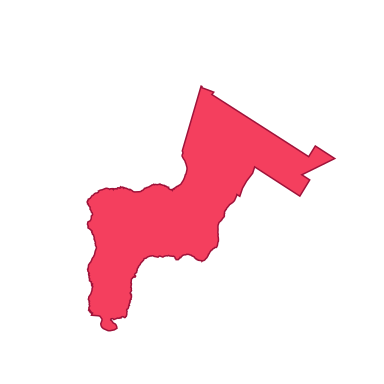 outline of Constitución, Santa Fe, Argentina, rotated 155°
{"feature_id": "61730980B65517483181137", "entity_name": "Constitución", "entity_type": "district", "adm_level": 2, "iso_a3": "ARG", "parent_name": "Argentina", "parent_adm1": "Santa Fe", "projection": "natural_earth1", "projection_center": [-60.677, -33.505], "detail": "fine", "context": "isolated", "style": "filled", "palette": "rose", "viewbox_px": 384, "rotation_deg": 155, "n_neighbors": 0, "source": "geoboundaries", "source_scale": "gbopen_adm2", "svg_char_len": 6104}
<svg xmlns="http://www.w3.org/2000/svg" viewBox="0 0 384 384"><g transform="rotate(155 192 192)"><path d="M291.4,218.2L291.5,216.8L291.7,216.4L291.2,215.5L291.6,213.6L292.5,213.0L293.4,212.8L294.3,210.9L295.3,209.7L296.6,208.9L298.9,208.9L300.4,207.0L300.3,205.6L300.7,205.2L300.5,204.6L301.2,203.9L301.4,203.3L300.3,201.8L300.2,201.2L299.7,200.7L299.7,199.6L299.1,198.8L299.8,198.1L299.9,197.7L299.6,196.8L300.0,196.3L300.0,195.6L299.5,195.2L299.5,194.9L299.8,192.0L300.3,191.6L300.3,190.7L300.8,190.2L300.5,189.5L300.8,188.6L300.7,187.6L301.1,186.6L301.5,186.4L301.6,185.3L302.0,184.6L302.1,183.9L301.8,183.0L302.3,181.6L304.6,179.4L307.1,176.1L307.6,175.9L308.6,174.9L309.2,174.7L309.8,174.4L310.9,173.6L311.8,172.6L313.7,171.1L314.1,171.1L316.6,169.6L318.1,167.0L318.5,166.9L318.7,166.2L319.3,166.1L319.3,165.4L319.8,164.5L319.5,161.8L320.1,161.8L320.5,161.1L320.6,160.8L320.3,159.9L320.7,159.8L320.6,159.4L320.8,159.3L321.6,157.6L321.3,157.1L321.4,156.7L321.7,156.0L322.1,155.8L322.4,154.8L321.2,153.1L321.6,152.7L321.8,152.0L321.5,151.3L321.9,150.8L321.1,150.7L321.5,149.9L322.2,149.8L322.5,149.3L321.9,148.6L321.9,148.3L323.3,146.8L324.3,145.0L326.8,142.4L329.9,140.5L330.5,139.4L330.8,139.2L331.4,138.3L331.0,136.5L331.1,136.3L331.5,136.3L331.8,135.8L332.0,134.4L332.7,133.6L332.9,132.0L333.2,131.6L334.1,131.1L334.6,130.2L334.6,129.9L335.5,128.8L334.6,128.4L334.6,127.7L335.4,127.6L335.1,126.8L335.1,125.8L334.6,125.5L334.2,126.0L334.0,125.0L334.4,124.9L334.4,124.7L333.8,124.8L333.3,124.3L335.2,122.8L329.0,119.3L327.9,118.3L327.3,115.0L327.7,113.9L330.4,111.1L330.9,109.2L330.8,107.5L330.1,105.7L326.7,101.8L324.9,100.9L320.7,99.9L317.6,100.2L317.1,102.0L317.1,104.1L317.4,104.9L318.7,106.6L319.2,109.4L319.5,110.0L319.8,110.2L319.8,110.5L318.8,111.3L317.3,110.7L316.7,109.4L312.8,109.2L311.5,108.4L310.7,108.3L310.2,108.5L309.7,107.8L308.8,108.5L308.2,108.3L307.8,108.5L306.8,107.9L306.5,107.0L305.9,106.5L305.3,106.6L304.6,107.2L304.0,107.2L302.7,108.8L302.2,110.1L301.3,111.2L301.2,112.6L300.6,113.2L299.7,113.2L298.7,113.8L298.0,114.7L297.7,115.4L297.3,115.6L296.7,115.6L296.7,116.4L296.5,116.9L295.6,117.4L295.2,118.2L294.4,118.5L294.6,119.0L294.3,119.7L293.4,120.1L293.1,120.7L292.4,120.6L292.2,121.4L291.1,122.5L291.0,123.4L290.4,124.1L290.9,124.8L290.3,125.2L290.8,126.1L290.8,126.6L288.5,128.2L288.4,129.0L287.7,130.2L287.6,130.9L287.8,131.3L287.3,131.6L287.2,132.5L286.3,133.3L285.6,134.7L285.8,135.0L285.8,135.5L285.4,135.7L283.7,138.7L282.5,139.0L282.0,139.5L281.3,139.4L280.9,139.8L279.7,138.9L278.7,139.5L278.6,139.9L279.2,140.7L279.0,141.3L278.5,141.8L277.5,142.2L276.2,142.5L275.3,143.9L274.7,144.3L274.6,144.7L274.1,145.5L272.6,146.4L272.5,146.7L272.1,146.7L271.6,147.4L269.8,148.1L268.7,149.1L264.6,150.8L263.5,151.9L261.7,151.4L259.7,151.9L256.8,151.6L256.1,151.2L255.3,151.2L254.2,150.6L253.5,149.6L251.3,148.1L251.0,147.7L250.0,147.3L249.4,147.7L248.2,147.6L246.0,145.4L245.5,145.3L244.9,145.5L243.7,145.4L242.0,145.0L241.2,144.4L240.0,144.4L239.0,143.2L238.2,142.9L236.6,141.8L235.8,141.6L235.7,141.2L235.3,140.9L235.0,139.8L235.3,138.8L234.8,137.7L234.9,137.3L233.8,137.0L233.5,136.6L232.8,136.5L232.4,136.9L231.2,137.1L230.6,137.8L229.9,137.3L228.5,138.1L227.7,138.2L227.1,138.5L225.2,138.2L224.2,137.7L223.1,137.8L222.8,137.5L222.1,137.3L220.7,136.3L220.4,135.7L219.4,135.1L219.2,134.8L219.2,134.3L217.4,132.3L217.5,131.4L216.9,130.4L216.7,129.5L216.1,129.2L216.0,128.4L215.3,128.0L215.2,127.5L212.2,125.6L212.3,125.0L211.8,125.2L209.9,124.9L208.9,125.1L207.5,125.8L206.4,126.1L204.1,127.7L203.5,128.6L202.9,128.6L201.0,130.1L199.7,130.7L199.5,131.0L197.9,131.1L197.0,131.7L195.5,131.7L194.8,132.1L193.5,131.5L192.9,131.7L191.6,132.8L189.8,135.5L188.9,136.2L188.0,138.0L187.3,139.9L187.1,141.1L186.1,142.7L185.8,144.1L184.2,147.1L183.4,149.1L182.5,150.8L180.3,153.0L177.9,153.7L177.0,154.3L176.7,154.2L175.3,155.3L174.3,155.4L172.9,156.4L172.7,156.6L172.7,157.4L172.2,157.9L172.0,158.6L171.4,158.9L171.1,160.1L170.5,160.7L169.8,161.1L169.6,161.0L169.0,161.7L168.4,161.7L167.4,162.7L166.2,163.1L166.1,163.3L164.0,164.2L163.3,164.8L162.9,164.7L159.5,165.3L157.2,166.2L153.3,169.6L152.4,170.8L150.5,167.9L144.6,174.1L137.8,178.9L129.1,183.4L124.6,188.3L96.0,142.7L80.2,153.2L85.2,161.2L48.5,162.0L60.8,181.6L71.3,174.7L132.8,271.9L130.1,273.3L139.2,282.6L138.4,283.4L139.0,284.1L183.5,233.3L183.4,232.2L183.9,230.9L185.3,229.7L185.8,228.8L185.7,225.8L185.3,223.7L185.3,222.6L185.5,221.6L185.5,220.5L186.2,216.3L186.9,214.7L189.0,211.9L190.2,210.6L190.6,210.6L192.8,208.1L195.0,206.2L199.0,203.7L202.3,203.4L202.5,203.1L203.2,203.4L203.9,203.4L204.7,202.9L204.9,203.1L206.5,202.8L206.7,202.4L207.1,202.8L207.5,202.9L209.1,201.7L209.3,202.8L209.9,202.8L210.4,203.2L211.0,203.8L211.6,204.9L211.8,205.6L211.2,206.1L212.7,207.4L212.8,207.9L213.3,208.4L213.8,208.5L213.9,209.1L214.3,209.2L214.3,209.7L215.7,210.5L216.3,211.3L217.4,212.1L217.6,212.7L217.9,212.5L218.1,212.8L220.4,213.3L222.1,214.4L222.9,214.4L223.4,215.2L224.2,215.0L225.7,215.3L226.2,215.0L227.2,215.1L228.6,214.8L229.7,215.0L230.3,214.9L231.5,215.3L232.0,215.0L232.7,215.1L232.9,215.3L233.6,215.4L234.0,215.0L236.0,214.3L236.8,214.5L238.0,214.1L239.6,214.5L244.0,216.3L244.9,217.1L245.3,217.5L245.7,218.6L246.5,219.6L246.5,220.0L247.2,220.7L247.7,220.4L248.1,220.8L250.0,223.2L250.8,223.6L251.2,224.2L251.7,224.3L251.9,224.9L252.3,225.2L252.5,225.0L252.5,225.4L253.1,225.9L254.3,226.2L254.5,226.9L254.9,226.7L254.8,226.2L255.1,225.9L255.8,226.3L256.2,226.2L256.7,226.8L257.5,227.2L258.2,227.0L258.6,226.5L260.2,227.5L260.6,227.4L261.4,227.8L262.0,227.5L261.8,228.2L262.1,228.4L262.5,228.6L262.9,228.4L263.3,228.9L264.5,229.4L265.5,229.2L265.8,229.9L267.6,231.4L268.7,231.8L272.8,232.0L273.5,232.3L275.3,232.5L275.9,232.3L276.4,232.4L276.5,231.8L277.2,231.3L278.8,231.3L279.5,231.7L281.0,231.7L283.1,230.8L284.0,231.0L286.9,229.3L289.0,229.3L289.1,228.7L289.6,228.7L290.2,228.4L290.5,227.6L291.0,227.6L291.5,226.5L291.2,225.7L291.6,225.2L291.1,224.8L291.4,223.8L291.1,222.3L290.7,221.6L290.8,221.2L291.1,220.9L291.1,220.5L291.7,219.4L291.4,218.2Z" fill="#f43f5e" stroke="#9f1239" stroke-width="1.5"/></g></svg>